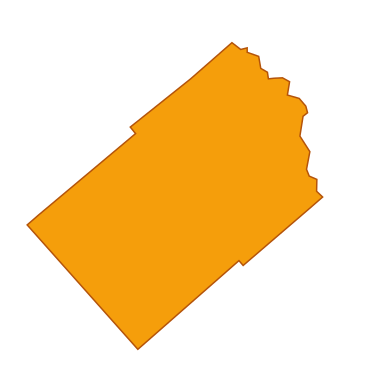 outline of Mineral, Colorado, United States of America, rotated 49°
{"feature_id": "52423323B56344339694103", "entity_name": "Mineral", "entity_type": "district", "adm_level": 2, "iso_a3": "USA", "parent_name": "United States of America", "parent_adm1": "Colorado", "projection": "albers", "projection_center": [-106.92, 37.684], "detail": "fine", "context": "isolated", "style": "filled", "palette": "amber", "viewbox_px": 384, "rotation_deg": 49, "n_neighbors": 0, "source": "geoboundaries", "source_scale": "gbopen_adm2", "svg_char_len": 555}
<svg xmlns="http://www.w3.org/2000/svg" viewBox="0 0 384 384"><g transform="rotate(49 192 192)"><path d="M275.2,332.1L274.6,201.6L281.0,201.6L281.5,115.9L281.5,96.7L273.2,97.5L264.4,89.5L256.9,93.1L250.0,90.7L238.9,76.6L220.6,73.9L207.7,58.5L208.0,52.8L201.9,49.8L191.7,49.7L181.4,56.4L172.8,46.0L165.2,48.8L160.0,55.4L156.7,60.1L151.1,56.5L143.8,59.0L133.4,52.7L122.8,58.7L119.4,55.8L116.4,61.7L105.5,63.9L105.7,119.1L102.5,196.0L110.9,196.3L108.7,322.7L108.7,338.0L275.2,336.1L275.2,332.1Z" fill="#f59e0b" stroke="#b45309" stroke-width="1.5"/></g></svg>